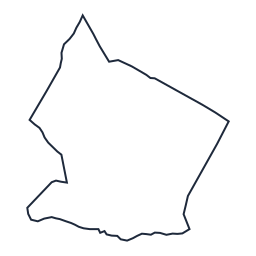 Pedrão, Bahia, Brazil (Mercator projection), rotated 90°
{"feature_id": "56859067B19486192876927", "entity_name": "Pedrão", "entity_type": "district", "adm_level": 2, "iso_a3": "BRA", "parent_name": "Brazil", "parent_adm1": "Bahia", "projection": "mercator", "projection_center": [-38.628, -12.125], "detail": "fine", "context": "isolated", "style": "outline", "palette": "slate", "viewbox_px": 256, "rotation_deg": 90, "n_neighbors": 0, "source": "geoboundaries", "source_scale": "gbopen_adm2", "svg_char_len": 1043}
<svg xmlns="http://www.w3.org/2000/svg" viewBox="0 0 256 256"><g transform="rotate(90 128 128)"><path d="M229.1,66.5L214.2,72.4L205.6,70.3L196.0,68.1L143.7,38.8L121.4,27.3L112.5,40.7L104.9,53.4L78.3,101.3L78.0,105.6L74.9,109.6L66.4,124.2L60.1,137.8L61.7,146.9L46.4,156.2L39.2,160.0L33.9,162.7L15.4,173.3L21.9,176.2L27.7,179.6L33.5,182.2L38.9,186.4L44.3,192.0L52.8,194.5L58.8,194.2L63.0,195.2L67.5,196.0L90.5,209.1L119.9,226.4L124.4,221.3L127.9,216.5L132.4,213.5L137.5,211.4L142.6,207.8L147.0,203.3L151.5,198.7L154.7,194.6L182.6,189.1L181.7,195.1L180.6,200.0L182.2,204.3L207.8,228.7L213.9,227.8L219.7,224.9L221.3,218.2L218.6,211.8L217.1,204.3L218.3,200.2L219.1,196.2L221.3,190.0L223.0,184.9L224.7,181.1L226.8,177.2L228.3,172.4L229.1,166.4L229.1,162.2L229.1,157.6L232.8,155.8L231.1,151.5L234.4,149.4L235.6,144.4L235.9,138.7L239.3,135.3L240.6,128.9L238.2,123.1L235.9,118.9L233.7,114.1L234.1,109.6L234.7,105.1L232.6,101.2L232.9,96.0L234.8,89.6L233.6,83.4L233.9,78.5L233.4,73.6L229.1,66.5Z" fill="none" stroke="#1e293b" stroke-width="2"/></g></svg>